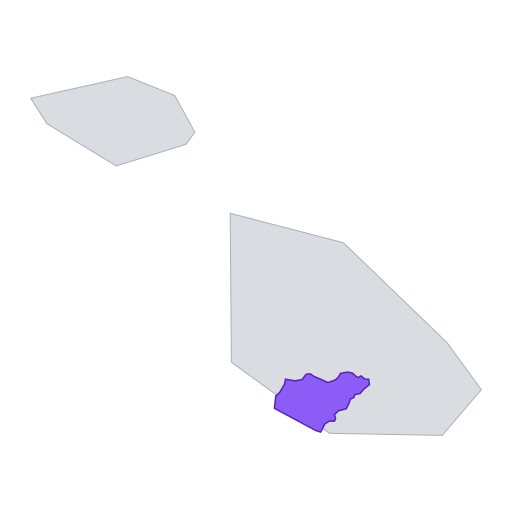 Malta, with Siġġiewi highlighted
{"feature_id": "MLT-5948", "entity_name": "Siġġiewi", "entity_type": "state/province", "adm_level": 1, "iso_a3": "MLT", "parent_name": "Malta", "parent_adm1": "", "projection": "robinson", "projection_center": [14.438, 35.844], "detail": "fine", "context": "in_parent", "style": "filled", "palette": "violet", "viewbox_px": 512, "rotation_deg": 0, "n_neighbors": 0, "source": "natural_earth", "source_scale": "10m", "svg_char_len": 862}
<svg xmlns="http://www.w3.org/2000/svg" viewBox="0 0 512 512"><path d="M481.3,389.7L442.2,435.4L329.6,433.3L231.4,362.3L230.2,213.3L343.5,242.8L447.1,342.7L481.3,389.7ZM186.1,144.3L116.2,165.9L46.9,123.7L30.7,98.2L127.5,76.6L174.7,95.5L194.8,132.1L186.1,144.3Z" fill="#d9dde1" stroke="#a8b0b8" stroke-width="1"/><path d="M320.7,432.1L315.7,430.5L274.4,408.3L275.8,395.8L279.9,392.1L284.7,383.8L285.4,379.2L294.8,380.8L302.0,379.6L306.2,374.2L310.3,373.8L313.8,376.3L320.7,379.2L328.0,382.5L335.2,380.0L338.7,376.7L340.4,373.4L347.3,372.1L352.1,372.9L356.0,376.3L358.0,377.5L361.1,375.9L364.9,379.2L368.7,379.2L369.4,384.6L363.9,389.1L359.8,393.7L354.9,394.5L353.9,397.5L350.4,399.1L349.0,403.3L346.3,408.7L342.1,409.9L338.7,410.7L334.5,414.5L335.6,418.6L334.5,421.1L329.3,421.1L324.8,424.0L320.7,432.1Z" fill="#8b5cf6" stroke="#5b21b6" stroke-width="1.5"/></svg>